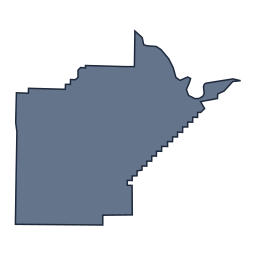 Yell, Arkansas, United States of America
{"feature_id": "52423323B40495316477899", "entity_name": "Yell", "entity_type": "district", "adm_level": 2, "iso_a3": "USA", "parent_name": "United States of America", "parent_adm1": "Arkansas", "projection": "mercator", "projection_center": [-93.238, 35.03], "detail": "fine", "context": "isolated", "style": "filled", "palette": "slate", "viewbox_px": 256, "rotation_deg": 0, "n_neighbors": 0, "source": "geoboundaries", "source_scale": "gbopen_adm2", "svg_char_len": 1103}
<svg xmlns="http://www.w3.org/2000/svg" viewBox="0 0 256 256"><path d="M132.3,214.9L132.1,185.4L127.3,185.3L127.3,180.4L132.2,180.5L132.2,176.0L137.0,175.8L137.1,170.9L142.0,170.1L142.1,166.0L146.8,166.1L146.8,161.2L151.7,161.2L151.8,156.0L156.4,156.1L156.5,151.2L161.6,151.3L161.7,146.4L167.6,146.5L167.5,141.6L172.5,141.7L172.7,136.9L177.5,137.0L177.6,132.1L182.6,132.4L182.7,127.0L187.7,127.0L187.7,122.1L192.7,122.2L192.7,117.3L197.6,117.4L197.7,112.4L200.7,112.4L204.6,108.6L200.6,101.6L217.5,98.5L217.7,94.0L224.1,91.0L232.8,81.5L240.6,80.7L233.0,78.9L205.9,83.2L204.2,84.4L203.5,86.9L204.2,93.5L202.9,96.2L199.3,98.4L195.0,98.7L188.5,95.4L186.4,89.5L189.5,82.2L190.6,78.5L187.6,77.0L180.0,80.4L175.9,77.4L173.1,67.5L168.7,58.8L161.1,49.7L156.3,46.5L147.0,45.8L143.7,44.7L142.2,37.6L134.9,31.0L134.4,66.6L124.6,66.6L85.4,65.5L85.5,67.9L80.6,67.5L78.0,70.2L78.0,77.4L75.3,79.7L70.5,79.5L70.4,84.4L65.5,84.3L65.3,89.3L28.5,88.3L28.4,93.2L16.4,92.8L15.7,122.6L16.9,131.8L16.4,161.4L16.2,170.5L15.4,224.3L102.8,225.0L102.8,215.2L132.3,214.9Z" fill="#64748b" stroke="#1e293b" stroke-width="1.5"/></svg>